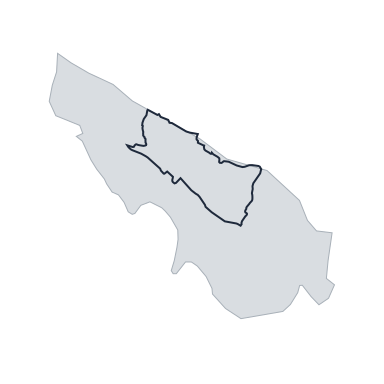 Lebanon, with Mount Lebanon highlighted, rotated 98°
{"feature_id": "LBN-3025", "entity_name": "Mount Lebanon", "entity_type": "Province", "adm_level": 1, "iso_a3": "LBN", "parent_name": "Lebanon", "parent_adm1": "", "projection": "robinson", "projection_center": [35.671, 33.864], "detail": "fine", "context": "in_parent", "style": "outline", "palette": "slate", "viewbox_px": 384, "rotation_deg": 98, "n_neighbors": 0, "source": "natural_earth", "source_scale": "10m", "svg_char_len": 3050}
<svg xmlns="http://www.w3.org/2000/svg" viewBox="0 0 384 384"><g transform="rotate(98 192 192)"><path d="M212.9,47.6L240.9,47.7L258.9,46.9L264.1,38.0L278.2,42.0L286.0,50.6L279.0,59.5L269.0,69.8L269.6,72.4L277.0,73.3L289.7,78.9L297.6,85.4L310.6,125.9L302.7,142.6L290.2,157.5L284.7,158.8L273.8,166.2L264.6,176.4L261.4,182.8L262.2,188.7L275.1,196.2L275.5,199.3L272.8,201.6L262.4,200.0L248.9,199.2L240.9,199.2L231.6,200.8L219.9,209.9L214.6,215.9L211.8,219.8L207.6,232.3L212.3,240.8L221.2,245.6L222.4,248.1L220.5,252.4L211.7,257.8L205.1,264.4L203.2,271.1L195.9,277.6L191.3,280.6L182.7,289.5L174.2,296.6L156.9,307.7L153.0,314.3L149.2,308.3L141.7,312.4L135.4,337.5L122.1,346.0L105.7,345.2L91.9,342.8L73.4,344.4L80.9,329.8L88.7,310.7L96.5,285.1L110.1,263.8L138.3,191.5L154.5,162.2L160.3,120.7L185.4,84.4L204.1,73.7L213.2,63.3L212.9,47.6Z" fill="#d9dde1" stroke="#a8b0b8" stroke-width="1"/><path d="M144.3,186.4L145.8,186.5L148.1,185.7L149.1,184.4L150.6,180.6L151.5,179.0L151.5,178.2L151.3,177.9L150.3,177.8L151.7,176.2L153.6,171.6L154.8,169.7L155.8,169.4L158.5,169.3L159.2,168.5L159.1,166.8L158.3,165.9L157.5,165.3L157.0,164.6L156.9,159.9L159.5,151.5L160.3,145.5L159.7,143.3L157.5,139.1L157.0,136.3L157.0,129.8L157.5,128.4L159.7,126.7L159.8,126.6L160.0,126.7L164.1,127.1L174.8,132.5L177.7,132.9L178.3,132.8L180.6,132.3L184.6,132.5L185.3,132.4L186.4,131.9L188.4,131.5L190.6,131.2L191.8,131.3L192.6,131.6L194.7,133.1L195.9,133.7L199.1,135.7L200.0,136.0L201.2,135.9L202.2,136.4L203.4,136.7L203.8,136.7L204.2,136.6L204.6,136.4L204.9,136.1L205.3,135.1L205.7,134.6L206.1,134.5L206.5,134.5L207.4,134.8L207.7,135.0L208.6,135.8L213.9,138.4L215.0,138.6L216.0,138.7L217.0,138.4L218.6,139.2L217.3,142.4L217.0,143.7L216.5,155.4L209.3,169.7L204.8,176.5L202.9,177.4L195.7,183.9L193.9,186.1L193.8,186.6L193.1,188.2L190.4,192.9L179.9,205.3L185.2,209.1L185.9,210.5L184.9,212.2L184.5,212.6L184.1,212.9L183.6,213.1L183.1,213.1L182.7,213.2L180.8,213.0L179.6,213.0L175.2,219.4L177.7,221.9L177.8,222.3L177.6,222.8L176.3,224.3L175.5,225.4L174.9,225.9L173.3,226.8L164.0,240.7L163.0,242.8L161.1,247.7L158.9,256.9L158.5,258.1L158.0,259.0L156.8,260.7L156.2,261.4L154.8,262.6L155.7,257.1L155.6,256.6L155.4,255.9L154.8,255.6L154.0,255.4L153.5,255.0L152.7,254.3L152.5,253.7L152.6,253.2L152.9,252.0L153.0,250.4L153.1,246.5L152.6,245.0L152.0,244.0L151.3,243.9L150.7,244.1L150.2,244.3L149.8,244.7L149.5,244.9L149.1,245.0L148.7,245.0L147.2,245.3L146.5,245.3L146.1,245.4L145.8,245.5L145.6,245.8L145.5,246.1L145.3,246.3L145.0,246.4L144.3,246.6L144.1,246.8L143.8,247.4L143.5,247.6L142.8,248.2L142.4,248.3L141.7,248.3L140.6,248.6L139.8,248.6L139.4,248.6L138.8,248.8L138.5,249.0L136.6,249.7L135.4,250.0L133.9,249.9L133.4,249.9L133.2,250.1L133.0,250.4L132.8,250.7L132.1,250.6L130.4,250.7L126.4,249.9L122.3,247.8L117.5,247.6L116.7,247.3L120.5,237.0L119.5,235.6L122.0,233.5L123.9,225.6L126.6,223.9L126.5,221.5L132.9,206.1L133.5,202.3L133.8,194.3L136.9,195.0L139.0,194.9L139.6,194.5L140.2,193.6L140.6,193.2L142.4,193.0L144.2,187.3L144.3,186.4Z" fill="none" stroke="#1e293b" stroke-width="2"/></g></svg>